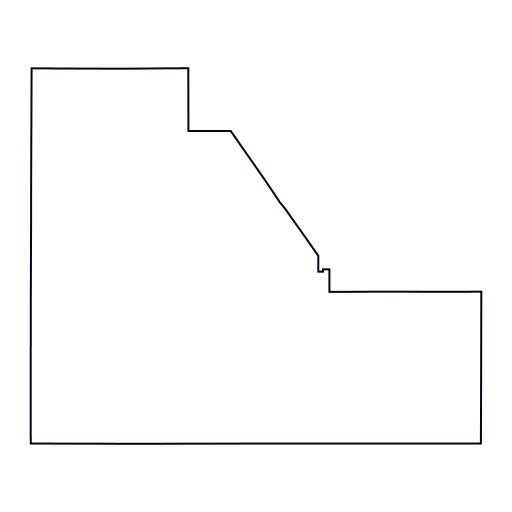 Coolgardie, Western Australia, Australia (Mercator projection)
{"feature_id": "25037944B30748912552839", "entity_name": "Coolgardie", "entity_type": "district", "adm_level": 2, "iso_a3": "AUS", "parent_name": "Australia", "parent_adm1": "Western Australia", "projection": "mercator", "projection_center": [120.788, -31.014], "detail": "fine", "context": "isolated", "style": "outline", "palette": "ink", "viewbox_px": 512, "rotation_deg": 0, "n_neighbors": 0, "source": "geoboundaries", "source_scale": "gbopen_adm2", "svg_char_len": 2152}
<svg xmlns="http://www.w3.org/2000/svg" viewBox="0 0 512 512"><path d="M31.6,68.3L31.5,89.6L31.4,120.6L31.3,136.3L31.2,165.9L31.1,195.5L31.1,223.2L31.0,244.3L30.8,300.2L30.8,310.7L30.8,311.2L30.8,314.2L30.8,316.1L30.8,319.1L30.8,320.1L30.8,322.0L30.8,326.0L30.8,327.9L30.8,328.9L30.8,330.9L30.8,331.9L30.8,333.8L30.8,334.8L30.8,342.7L30.8,343.7L30.8,345.7L30.7,346.6L30.7,348.6L30.7,349.6L30.7,351.6L30.7,352.6L30.7,354.5L30.7,355.5L30.7,358.5L30.7,369.3L30.7,370.3L30.7,381.2L30.7,382.1L30.7,393.0L30.7,394.0L30.7,403.9L30.7,404.8L30.7,415.7L30.7,416.7L30.7,419.7L30.7,423.5L30.7,424.5L30.7,435.0L30.7,436.0L30.8,440.8L30.8,443.5L34.7,443.5L44.6,443.5L53.6,443.6L68.5,443.6L79.4,443.7L103.2,443.7L120.0,443.8L128.0,443.8L153.8,443.8L179.6,443.7L231.2,443.6L258.9,443.5L284.7,443.5L319.3,443.5L361.5,443.5L383.9,443.5L401.1,443.5L431.6,443.5L468.1,443.5L480.9,443.5L481.1,387.9L481.2,337.3L481.3,291.7L477.7,291.7L471.8,291.7L464.0,291.8L452.2,291.8L443.3,291.8L426.6,291.8L407.0,291.7L385.9,291.7L369.1,291.7L366.2,291.8L363.4,291.8L361.4,291.8L358.6,291.8L355.7,291.8L352.8,291.8L349.9,291.9L347.3,291.9L344.2,291.9L338.8,291.9L334.3,291.9L332.6,291.9L329.4,291.9L329.4,281.4L329.4,269.3L328.6,269.3L323.0,269.3L323.0,271.7L318.3,271.7L318.3,266.8L318.3,262.1L318.3,255.8L315.5,251.8L311.6,246.2L293.1,220.0L292.2,218.8L291.1,217.2L288.3,213.2L288.1,213.0L288.1,212.9L287.5,212.0L286.8,211.1L286.4,210.5L286.3,210.4L285.7,209.5L279.6,202.0L274.3,193.9L263.2,177.5L258.9,171.4L252.1,161.6L251.8,161.2L240.8,145.5L235.8,138.2L230.7,131.0L227.3,131.0L216.8,131.0L214.4,131.0L208.0,131.0L207.9,131.0L203.9,131.0L201.6,131.0L188.4,131.0L188.4,129.8L188.4,125.9L188.4,120.3L188.3,81.9L188.3,68.2L185.5,68.2L181.8,68.2L179.9,68.3L176.0,68.3L174.0,68.3L171.1,68.3L127.0,68.7L124.1,68.7L121.2,68.7L117.3,68.7L114.4,68.7L111.4,68.7L108.5,68.7L105.6,68.7L102.7,68.7L99.8,68.7L96.8,68.6L93.9,68.6L91.0,68.6L88.1,68.6L85.1,68.6L82.2,68.6L79.3,68.6L76.4,68.6L73.4,68.5L70.5,68.5L67.6,68.5L64.7,68.5L61.8,68.5L58.8,68.5L54.9,68.5L52.0,68.4L49.1,68.4L46.2,68.4L43.2,68.4L40.3,68.4L37.4,68.4L34.5,68.3L31.6,68.3Z" fill="none" stroke="#020617" stroke-width="2"/></svg>